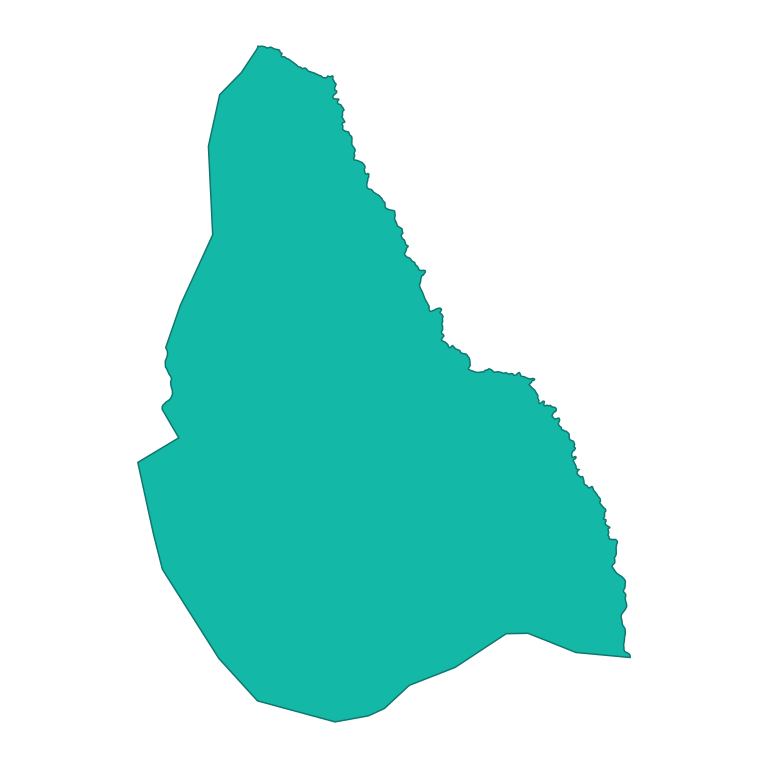 the district of Bayannuur, Bayan-Ölgiy, Mongolia
{"feature_id": "93677404B56140386590305", "entity_name": "Bayannuur", "entity_type": "district", "adm_level": 2, "iso_a3": "MNG", "parent_name": "Mongolia", "parent_adm1": "Bayan-Ölgiy", "projection": "mercator", "projection_center": [91.081, 48.956], "detail": "fine", "context": "isolated", "style": "filled", "palette": "teal", "viewbox_px": 768, "rotation_deg": 0, "n_neighbors": 0, "source": "geoboundaries", "source_scale": "gbopen_adm2", "svg_char_len": 6065}
<svg xmlns="http://www.w3.org/2000/svg" viewBox="0 0 768 768"><path d="M257.5,700.9L335.0,721.9L368.5,715.8L384.5,708.4L409.3,685.3L455.1,667.4L506.2,633.7L528.0,633.3L576.0,652.5L630.1,657.5L630.2,656.4L629.9,655.1L629.0,653.8L624.6,651.4L623.9,649.4L624.0,647.8L623.6,645.0L624.5,639.7L624.5,636.9L625.1,635.1L625.3,631.2L625.1,629.3L624.7,628.1L623.0,625.7L622.3,624.1L621.8,619.8L621.1,617.3L621.1,616.2L621.7,614.1L625.2,609.5L626.5,607.1L626.7,605.4L626.4,603.5L625.4,600.3L625.3,598.4L625.8,594.7L624.7,592.9L623.8,592.2L623.5,591.1L623.6,590.0L624.4,588.8L625.0,587.1L625.4,581.1L624.3,579.2L622.0,576.8L617.3,573.7L615.7,572.0L612.0,566.6L612.7,564.9L614.5,563.2L614.9,562.1L614.7,559.3L614.4,558.6L614.5,557.5L615.1,556.9L616.1,554.5L616.3,553.5L616.1,547.9L616.5,544.9L617.2,543.0L617.4,541.8L617.0,540.8L615.7,539.5L611.7,539.5L609.3,538.8L609.0,536.7L608.0,535.3L608.7,532.3L608.4,530.9L608.1,530.4L608.1,528.9L608.3,528.5L609.8,527.7L609.7,527.3L606.1,525.0L605.5,524.3L605.2,522.9L606.0,521.1L606.0,520.0L605.5,519.4L604.1,519.5L603.4,518.9L604.6,516.3L604.6,514.2L604.4,512.8L605.8,510.9L605.7,509.9L605.4,509.1L603.4,507.4L600.1,503.4L599.6,502.1L600.5,501.2L600.2,499.1L599.8,498.2L597.6,495.7L596.6,493.8L593.8,490.5L592.4,486.8L591.8,486.5L589.4,487.9L588.8,487.9L588.2,487.5L586.9,485.6L585.0,484.7L584.1,483.7L583.8,480.3L582.8,476.9L582.2,476.6L580.5,477.1L577.4,474.1L577.1,473.3L577.0,472.3L577.9,470.8L579.0,469.6L576.6,469.0L576.2,468.5L576.1,466.5L575.8,465.7L573.2,460.6L573.6,459.6L575.5,458.6L576.0,457.5L576.0,457.0L575.3,456.5L573.2,457.4L572.2,457.2L571.6,454.6L572.1,452.5L573.0,451.1L574.4,450.1L575.3,448.5L575.2,447.9L574.0,446.6L574.6,444.6L574.5,444.0L573.8,442.0L573.1,441.1L570.4,440.0L569.3,438.7L569.1,438.0L569.2,434.4L568.7,433.5L566.2,431.2L564.6,431.1L563.8,430.3L562.3,429.9L561.7,429.4L561.1,427.3L559.8,426.4L558.6,424.7L558.3,423.6L559.3,421.1L559.7,419.6L559.0,418.2L558.5,418.1L554.6,419.1L552.1,416.2L552.0,415.7L553.2,413.2L553.9,412.2L555.5,411.6L556.1,410.6L556.2,409.6L556.1,408.6L555.1,407.5L551.9,406.8L550.3,405.4L548.2,405.7L546.8,405.2L545.0,405.8L544.2,405.6L543.9,405.1L543.8,404.2L544.4,401.8L543.9,401.2L542.9,401.2L540.7,403.2L539.4,403.5L538.8,403.1L538.9,400.6L537.7,397.8L537.9,395.5L534.5,389.9L531.8,387.7L529.0,384.5L531.5,382.3L531.5,381.9L532.4,380.5L533.6,380.5L534.2,380.1L534.6,379.2L534.2,378.8L532.7,378.4L530.4,379.0L527.7,378.4L524.2,376.7L521.3,376.3L520.8,375.6L519.9,373.3L519.1,372.5L517.9,373.2L516.2,374.9L514.3,375.4L513.7,375.1L512.7,373.8L511.8,373.5L508.8,374.1L505.9,372.7L503.6,373.4L501.2,372.4L497.9,371.7L495.3,372.2L493.8,372.0L491.3,369.7L489.3,368.9L488.7,368.9L487.1,370.1L485.4,370.2L483.5,371.9L480.8,372.0L479.7,372.3L477.2,372.4L474.6,371.9L473.8,371.4L469.9,370.1L468.5,369.2L468.5,368.2L470.3,365.3L470.3,364.5L469.9,363.7L470.1,362.7L469.7,359.7L469.4,358.4L466.6,354.5L465.5,353.9L462.4,353.4L461.5,353.0L460.8,352.5L459.7,350.4L456.9,349.5L455.2,348.5L452.7,345.6L451.8,345.9L450.5,347.5L449.5,347.5L448.7,347.0L448.2,346.4L448.1,345.2L447.7,344.5L446.6,343.3L444.9,342.0L442.3,340.9L441.4,340.2L442.0,338.4L443.7,336.3L443.9,335.6L443.3,334.7L441.9,333.5L441.5,332.7L441.3,331.7L442.6,329.9L442.6,326.4L441.9,324.6L441.9,323.7L442.7,321.3L442.4,319.0L443.0,316.5L442.3,315.0L440.1,312.9L440.0,312.2L441.4,310.1L441.4,309.2L440.9,308.5L439.9,308.2L437.9,308.3L431.4,311.3L430.2,311.2L429.5,310.7L428.9,308.8L429.2,307.2L429.1,306.3L425.0,298.9L422.2,291.6L420.7,288.9L419.4,285.6L420.6,281.4L420.8,279.1L421.5,276.4L421.8,275.8L423.0,275.3L425.0,272.6L425.4,271.8L425.1,270.6L423.8,270.3L421.7,270.5L419.7,270.3L419.1,269.8L417.6,266.7L415.3,264.6L414.7,262.5L412.1,261.1L410.4,258.8L409.8,258.2L406.6,256.9L404.7,254.7L404.5,253.7L406.3,250.2L406.5,248.4L408.0,246.7L408.1,246.0L405.8,244.7L405.0,241.6L404.5,240.4L403.5,239.2L402.6,239.0L401.4,236.6L401.3,235.0L401.6,234.3L402.8,233.4L402.8,232.8L402.3,231.3L402.0,228.8L397.4,225.9L395.9,221.5L395.2,221.2L394.6,218.0L395.2,215.6L394.7,211.6L394.4,211.0L393.9,210.6L389.8,209.9L387.3,209.0L385.8,208.1L385.3,207.2L385.0,205.7L385.0,203.0L384.6,202.3L382.9,200.7L382.1,198.8L379.1,195.6L374.0,192.5L371.4,189.5L368.8,189.0L367.2,187.7L366.9,187.0L366.8,184.7L367.1,182.4L367.8,180.1L367.8,178.5L368.7,177.0L368.8,174.0L367.8,173.5L366.6,174.2L366.0,174.2L365.2,173.3L364.9,172.5L364.2,169.3L365.0,167.8L364.9,166.3L364.2,164.8L362.1,162.5L357.1,160.4L354.3,160.0L353.7,158.6L354.7,155.8L354.7,155.1L354.0,153.5L354.4,152.3L355.0,151.3L355.1,149.8L354.8,148.9L352.1,145.2L351.8,144.1L352.0,138.0L351.5,136.4L349.7,134.9L348.9,132.5L348.4,131.9L344.9,131.1L343.1,129.7L342.6,128.6L342.9,126.4L342.8,125.7L342.2,124.7L342.1,123.8L342.8,122.8L344.7,122.2L344.7,121.6L342.1,117.2L342.0,116.7L342.6,115.2L342.4,113.1L342.6,112.5L342.7,111.3L343.9,110.3L343.9,109.7L343.1,108.1L340.5,104.6L338.2,104.0L337.6,102.8L337.4,101.5L337.5,101.0L338.8,99.8L338.6,99.1L333.9,98.8L332.8,97.4L332.9,96.5L333.2,95.7L336.6,92.5L336.7,91.4L336.5,91.0L334.8,89.8L334.6,89.3L334.8,87.4L336.1,84.3L335.4,83.0L334.7,82.8L334.4,82.4L334.3,81.6L333.1,79.6L332.9,78.7L333.0,76.6L332.8,76.1L332.0,75.9L330.5,76.8L327.9,76.1L327.5,76.2L326.7,77.6L326.2,77.9L322.9,77.7L321.2,76.0L318.2,75.0L316.8,74.1L316.0,74.1L315.0,73.3L308.3,71.1L306.0,68.5L305.0,68.0L302.7,68.6L301.9,68.3L300.5,67.2L298.2,66.8L297.0,65.3L288.6,59.1L286.8,58.5L284.3,56.7L282.7,57.0L282.2,56.8L281.4,56.1L281.3,55.6L281.4,55.0L281.8,54.4L281.9,53.3L280.7,52.7L279.9,51.7L279.6,50.4L278.6,49.7L274.7,49.1L271.3,47.3L270.0,47.3L267.0,48.1L265.2,46.9L262.7,46.3L261.0,46.2L258.9,46.6L258.1,46.1L257.1,48.8L241.4,72.5L219.7,94.7L208.4,146.3L212.7,234.8L180.3,305.4L165.7,347.6L167.4,350.9L167.5,354.0L167.0,356.9L165.2,361.3L165.5,367.2L166.5,368.4L169.1,374.2L170.5,376.1L171.6,378.8L170.6,382.0L170.8,384.9L171.8,388.9L172.4,390.6L172.5,393.7L172.0,395.7L170.6,398.4L168.8,400.3L166.1,402.0L162.9,405.3L162.2,406.7L162.1,409.2L178.8,437.8L137.8,462.4L153.6,534.6L162.4,569.3L218.9,658.5L257.5,700.9Z" fill="#14b8a6" stroke="#0f766e" stroke-width="1.5"/></svg>